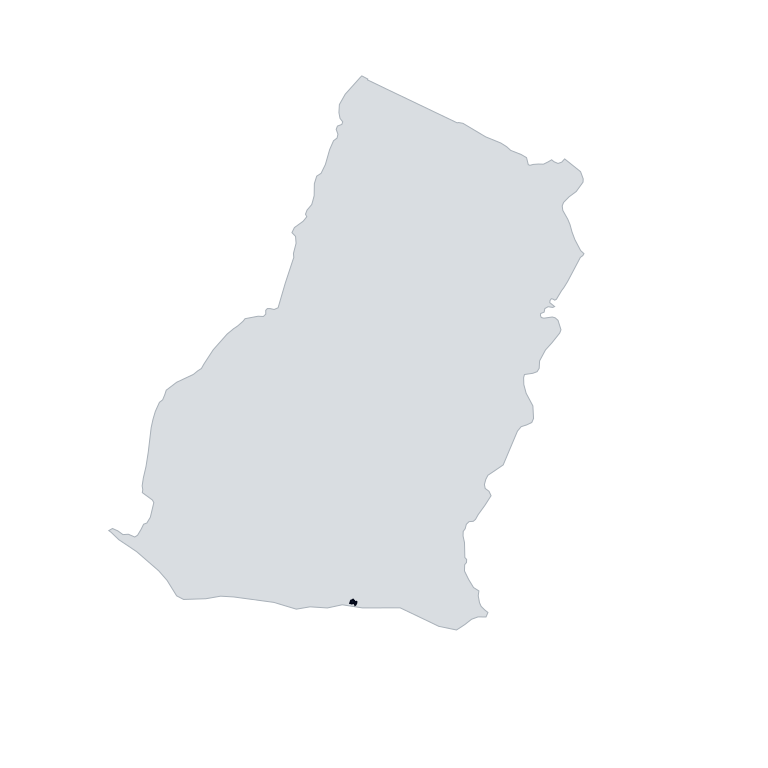 location of Ablekuma North Municipal, Greater Accra, Ghana, rotated 26°
{"feature_id": "2480657B23952932171735", "entity_name": "Ablekuma North Municipal", "entity_type": "district", "adm_level": 2, "iso_a3": "GHA", "parent_name": "Ghana", "parent_adm1": "Greater Accra", "projection": "orthographic", "projection_center": [-0.267, 5.581], "detail": "fine", "context": "in_parent", "style": "filled", "palette": "ink", "viewbox_px": 768, "rotation_deg": 26, "n_neighbors": 0, "source": "geoboundaries", "source_scale": "gbopen_adm2", "svg_char_len": 3628}
<svg xmlns="http://www.w3.org/2000/svg" viewBox="0 0 768 768"><g transform="rotate(26 384 384)"><path d="M467.6,107.0L473.1,112.3L474.4,115.3L472.4,126.7L468.3,134.6L465.8,142.1L466.1,145.8L468.6,149.6L477.0,155.4L481.3,159.2L486.4,165.0L492.3,170.6L502.3,177.9L506.6,179.2L506.4,181.3L505.0,184.1L504.1,211.5L503.4,218.5L502.7,222.1L501.8,232.3L500.7,233.8L498.8,233.6L497.0,234.0L496.6,236.1L497.3,238.2L503.4,239.6L502.1,241.2L497.6,242.6L495.5,245.7L496.4,249.2L493.9,252.0L494.6,253.9L496.2,255.3L498.8,254.8L505.9,250.0L508.8,249.5L512.5,250.5L519.3,257.7L519.6,261.2L516.9,273.3L514.2,282.6L513.7,295.0L516.6,301.9L516.2,305.8L513.1,309.1L506.1,313.9L506.7,317.1L509.9,323.2L515.8,330.0L527.4,338.4L533.5,349.4L533.7,353.8L530.1,358.3L526.0,362.2L524.6,367.8L526.6,404.5L517.4,420.5L517.3,425.1L518.3,430.3L520.7,433.5L525.4,434.4L529.2,437.5L527.9,448.7L525.9,460.1L525.6,465.6L524.4,468.3L520.8,470.4L519.5,474.0L520.4,478.5L519.8,481.8L521.7,486.0L525.9,491.3L532.7,504.5L535.2,505.5L536.4,508.3L535.7,511.0L538.3,516.8L545.8,522.6L553.7,527.7L560.0,528.4L561.5,533.0L565.7,538.7L568.8,541.3L573.6,542.9L577.6,543.8L577.8,548.7L570.6,552.1L565.8,557.1L562.1,564.8L557.0,573.3L539.5,577.8L532.7,577.8L496.6,578.1L462.8,594.7L443.3,600.7L431.3,610.1L415.2,616.7L403.9,624.8L380.6,628.6L342.2,641.3L330.2,646.3L318.0,655.1L298.3,665.5L290.5,665.3L275.1,655.6L263.5,650.7L235.1,643.1L213.9,640.2L203.7,636.9L200.9,636.4L203.3,632.9L209.2,632.7L215.4,633.8L220.1,631.1L227.0,630.8L228.8,628.0L229.4,621.0L229.4,615.4L231.8,612.9L232.4,606.2L229.1,591.5L226.7,589.8L214.4,587.6L213.5,584.7L211.3,581.6L208.9,574.0L206.3,562.6L202.0,548.6L193.9,525.4L191.9,517.2L190.5,508.9L190.2,498.9L192.0,495.3L191.7,490.1L191.0,485.0L196.9,473.3L208.5,458.9L210.9,453.7L213.1,450.1L213.4,444.9L215.5,428.1L221.1,407.9L224.6,400.2L227.0,396.1L229.8,389.4L230.5,386.2L241.1,378.3L246.0,376.2L247.1,373.0L245.4,369.6L246.1,367.3L248.7,366.1L252.6,365.2L255.4,361.9L251.1,336.9L247.7,312.0L247.5,309.9L245.4,306.4L243.3,296.1L239.8,290.1L234.9,288.3L234.9,282.7L240.0,273.1L241.3,267.5L239.0,265.8L238.6,261.4L240.4,254.4L239.6,250.0L238.7,245.4L233.6,234.5L232.4,226.7L235.1,222.2L235.1,212.4L232.4,197.1L232.0,187.5L234.0,183.5L233.1,179.7L229.4,176.1L229.1,172.6L232.3,169.2L232.0,166.5L228.0,164.5L224.5,159.8L221.4,152.4L222.1,140.5L228.3,118.7L229.0,116.8L235.7,117.0L235.8,117.9L256.7,117.8L280.7,117.6L309.3,117.4L335.3,117.2L336.4,116.3L340.7,115.1L367.0,117.3L383.4,116.2L390.4,117.0L395.5,118.5L406.9,117.6L412.9,118.1L417.5,123.6L419.3,123.5L421.9,121.2L426.4,118.6L431.0,116.5L434.3,112.2L436.4,109.0L439.4,109.7L443.7,109.5L446.5,106.7L447.7,102.5L467.6,107.0Z" fill="#d9dde1" stroke="#a8b0b8" stroke-width="1"/><path d="M450.7,591.1L450.6,591.3L450.4,591.4L450.4,591.5L450.2,591.9L450.1,592.0L449.9,592.3L450.0,592.4L449.9,592.5L449.7,592.6L449.6,592.8L449.4,592.8L449.3,593.0L449.2,593.0L449.1,593.3L449.1,593.5L449.2,593.8L449.2,594.0L449.3,594.1L449.2,594.1L449.2,594.3L449.3,594.4L449.4,594.5L449.5,594.5L449.8,594.6L449.8,594.8L449.5,595.1L449.5,595.3L449.4,595.4L449.4,595.5L449.5,595.5L449.6,595.8L449.6,596.0L450.3,595.8L450.8,595.7L451.4,595.7L451.7,595.4L451.9,595.0L452.0,594.8L452.3,594.8L452.5,594.6L452.7,594.2L452.8,594.0L453.2,594.3L454.1,594.8L454.5,595.1L454.8,595.4L455.0,595.6L455.2,595.2L455.1,594.8L455.1,594.5L455.4,594.4L455.3,594.0L455.3,593.5L455.4,593.0L455.2,592.5L455.0,592.1L454.9,591.7L454.6,591.6L454.2,591.9L453.7,592.4L453.1,592.5L453.0,592.3L452.4,592.3L452.2,591.7L451.4,591.9L451.2,591.6L451.1,591.3L450.8,591.1L450.7,591.1Z" fill="#0f172a" stroke="#020617" stroke-width="1.5"/></g></svg>